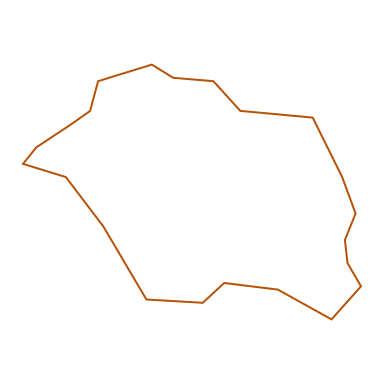 SVG path tracing the border of Żejtun
{"feature_id": "MLT-5961", "entity_name": "Żejtun", "entity_type": "state/province", "adm_level": 1, "iso_a3": "MLT", "parent_name": "Malta", "parent_adm1": "", "projection": "orthographic", "projection_center": [14.531, 35.854], "detail": "fine", "context": "isolated", "style": "outline", "palette": "amber", "viewbox_px": 384, "rotation_deg": 0, "n_neighbors": 0, "source": "natural_earth", "source_scale": "10m", "svg_char_len": 404}
<svg xmlns="http://www.w3.org/2000/svg" viewBox="0 0 384 384"><path d="M331.5,319.4L277.8,289.6L224.2,283.0L202.7,302.8L146.4,299.5L103.5,226.7L65.9,177.1L23.0,163.9L36.4,147.3L71.3,124.2L90.1,110.9L98.1,81.2L119.6,74.5L151.8,64.6L173.2,77.8L213.4,81.2L240.3,110.9L312.7,117.6L342.2,177.1L355.6,213.5L344.9,240.0L347.5,263.1L361.0,286.3L331.5,319.4Z" fill="none" stroke="#b45309" stroke-width="2"/></svg>